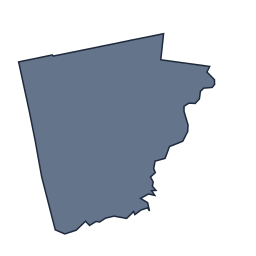 the district of Chariton, Missouri, United States of America, rotated 257°
{"feature_id": "52423323B63120007754805", "entity_name": "Chariton", "entity_type": "district", "adm_level": 2, "iso_a3": "USA", "parent_name": "United States of America", "parent_adm1": "Missouri", "projection": "equal_earth", "projection_center": [-93.062, 39.464], "detail": "fine", "context": "isolated", "style": "filled", "palette": "slate", "viewbox_px": 256, "rotation_deg": 257, "n_neighbors": 0, "source": "geoboundaries", "source_scale": "gbopen_adm2", "svg_char_len": 798}
<svg xmlns="http://www.w3.org/2000/svg" viewBox="0 0 256 256"><g transform="rotate(257 128 128)"><path d="M216.2,70.7L217.0,36.3L166.8,35.6L136.5,34.7L100.0,32.9L45.1,34.2L39.0,42.6L40.1,54.6L46.7,65.6L41.7,68.6L44.1,75.8L42.8,79.2L45.2,85.7L45.3,94.5L40.2,106.3L45.3,114.7L42.1,115.2L45.2,122.4L45.8,129.1L42.3,130.3L50.8,130.3L56.6,124.4L59.1,133.2L56.3,138.9L61.6,136.9L60.9,141.2L65.8,138.7L69.8,140.4L75.2,138.9L78.4,144.6L82.6,143.9L89.6,146.9L90.1,157.3L93.4,159.5L100.6,164.2L102.8,178.4L111.2,185.4L117.5,187.2L131.5,186.3L136.6,187.5L138.5,193.0L136.8,199.0L140.3,204.1L147.4,206.8L149.8,210.7L148.6,219.2L151.0,222.2L155.6,223.1L164.8,217.5L169.6,221.4L187.1,175.3L211.9,183.9L212.9,150.0L212.9,147.4L214.9,71.3L216.2,70.7Z" fill="#64748b" stroke="#1e293b" stroke-width="1.5"/></g></svg>